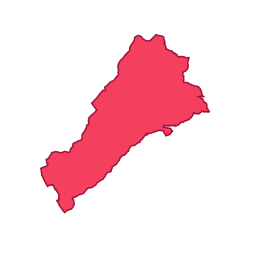 Lipova, Bacau, Romania (Mercator projection), rotated 104°
{"feature_id": "2599482B24055899369049", "entity_name": "Lipova", "entity_type": "district", "adm_level": 2, "iso_a3": "ROU", "parent_name": "Romania", "parent_adm1": "Bacau", "projection": "mercator", "projection_center": [27.232, 46.723], "detail": "fine", "context": "isolated", "style": "filled", "palette": "rose", "viewbox_px": 256, "rotation_deg": 104, "n_neighbors": 0, "source": "geoboundaries", "source_scale": "gbopen_adm2", "svg_char_len": 5804}
<svg xmlns="http://www.w3.org/2000/svg" viewBox="0 0 256 256"><g transform="rotate(104 128 128)"><path d="M45.3,144.5L46.5,145.0L47.1,145.1L48.6,145.7L50.2,145.6L52.0,145.2L52.8,145.3L56.3,147.5L58.5,148.7L61.1,149.6L63.2,151.0L64.7,151.8L66.3,152.4L67.3,152.6L69.2,152.8L70.8,152.6L71.9,152.3L74.1,151.2L76.5,151.1L77.5,150.7L78.3,150.2L79.0,150.1L79.9,150.7L80.4,151.3L82.1,151.9L82.9,152.4L83.8,152.6L85.7,153.7L86.4,154.5L86.9,155.5L87.7,156.2L89.4,157.4L91.5,158.3L92.5,159.1L93.2,159.9L93.6,160.2L94.2,160.4L94.8,160.3L96.9,158.8L97.6,160.0L97.8,160.1L97.4,161.4L100.6,163.0L101.5,163.4L101.7,163.7L102.5,163.9L103.3,164.4L106.6,165.6L109.2,167.3L110.8,167.9L112.5,169.2L112.8,169.2L117.7,163.3L117.9,162.7L118.2,162.7L120.9,164.1L123.2,165.6L124.8,166.9L126.3,167.6L126.4,167.9L127.4,168.3L129.7,168.3L129.7,168.2L130.9,168.0L130.9,167.9L131.7,167.6L134.1,167.2L134.2,167.5L134.5,168.0L135.3,168.6L135.8,168.7L138.8,168.4L139.3,169.1L141.5,169.3L142.3,169.6L143.9,170.5L145.2,170.9L146.2,170.8L148.6,170.2L149.8,170.2L150.5,170.4L151.4,171.0L151.7,171.4L152.8,173.4L154.3,174.9L156.0,177.3L156.6,177.5L158.8,177.3L160.3,177.4L160.5,177.5L161.2,178.4L162.4,178.6L165.2,178.8L165.7,179.2L166.1,180.0L166.0,183.2L166.2,184.1L166.5,184.3L167.6,185.8L167.8,186.2L168.3,187.5L168.4,189.4L168.2,190.3L168.6,193.2L169.0,193.5L169.7,194.5L169.9,195.1L170.0,195.7L170.2,195.9L171.2,196.2L172.5,196.3L174.3,197.2L175.8,197.5L176.9,197.9L177.2,198.2L177.7,199.1L178.5,199.7L179.0,199.3L180.3,199.0L181.7,198.2L182.1,197.8L182.6,196.9L182.9,196.7L185.0,198.2L185.6,199.0L186.0,200.0L186.3,200.3L187.2,201.6L188.1,202.5L188.3,202.9L189.8,202.0L192.0,201.3L193.2,200.7L194.8,200.2L195.3,199.7L195.4,199.4L195.9,199.1L198.1,197.3L198.4,197.2L198.6,196.8L199.1,196.3L200.4,195.4L200.9,194.8L201.7,194.3L204.1,191.9L202.6,190.6L202.6,190.1L201.2,188.2L201.8,188.0L201.5,187.1L203.2,185.4L203.8,185.0L204.7,184.3L204.7,183.6L205.1,183.9L205.4,183.8L205.5,183.4L205.2,183.3L205.3,183.1L209.6,178.5L210.3,178.8L211.3,178.6L212.3,178.6L213.6,177.9L213.9,177.9L214.5,177.5L214.9,177.8L215.1,179.1L215.5,179.5L216.2,178.8L216.4,178.8L216.4,178.4L217.2,177.9L218.6,176.6L219.0,176.2L219.3,176.3L219.6,176.1L220.5,174.9L222.1,173.2L223.3,171.6L223.9,171.1L225.4,169.0L224.2,168.3L223.3,167.6L221.5,165.4L220.5,163.6L219.9,163.0L215.4,161.7L215.1,161.7L213.2,162.4L211.2,163.4L210.6,163.8L210.0,165.0L209.2,164.8L207.3,162.1L206.8,161.3L204.8,159.7L204.4,159.0L203.1,156.6L201.9,155.1L198.6,153.8L196.3,152.5L195.7,151.7L195.5,150.9L195.1,150.4L194.9,149.4L194.7,149.1L194.0,148.3L193.6,148.0L193.2,147.4L191.9,146.5L191.7,146.1L191.2,145.8L191.1,145.6L190.7,145.3L190.3,145.5L188.9,144.9L188.4,144.3L185.9,142.4L184.9,141.2L184.8,140.9L183.8,139.9L181.1,138.9L180.5,138.5L179.0,138.3L176.7,137.5L175.8,136.7L175.2,135.1L173.8,133.8L172.3,134.2L171.1,133.7L170.0,133.9L167.7,132.3L167.3,131.6L166.1,130.7L165.0,130.2L164.1,129.8L163.5,129.7L161.1,128.6L160.2,128.4L159.3,128.7L158.2,127.8L157.3,127.5L157.0,127.4L155.5,126.0L155.4,125.7L155.4,125.2L155.1,124.9L154.9,124.9L154.2,124.4L153.3,123.7L151.4,123.0L150.0,121.8L149.5,121.8L148.4,122.3L148.1,122.2L147.5,121.7L145.0,120.8L144.4,120.1L143.9,119.2L143.7,118.3L143.3,117.8L142.9,117.0L142.1,116.6L140.5,115.1L140.0,115.0L139.4,114.0L139.1,113.0L138.1,113.1L137.0,112.8L135.7,111.7L132.3,110.2L131.3,109.9L130.7,109.2L129.8,107.6L129.1,108.8L128.6,107.4L128.1,106.1L127.7,104.9L123.1,98.0L122.6,96.7L122.5,95.0L121.9,93.8L126.4,89.2L125.9,88.6L125.8,88.2L125.5,88.0L124.9,87.1L124.5,87.0L124.5,86.5L124.3,86.4L124.3,86.0L123.8,85.7L123.7,85.8L122.9,85.3L120.6,84.2L119.9,84.3L120.0,85.0L118.6,86.4L118.3,86.4L118.1,87.0L118.1,87.6L118.6,89.0L118.6,89.7L118.2,90.2L118.4,90.9L118.5,91.6L118.3,93.3L118.0,93.4L117.9,93.6L118.2,94.0L116.9,93.8L116.3,91.6L116.4,91.0L116.1,88.4L115.6,88.4L115.1,87.7L115.2,87.3L115.4,86.9L115.3,86.6L115.1,86.6L115.1,86.0L114.9,85.4L115.0,84.6L114.8,84.1L114.6,84.0L114.4,84.3L114.1,84.2L113.8,84.0L114.8,82.2L114.5,82.0L111.9,79.2L111.4,79.1L110.5,78.4L109.6,78.0L109.5,77.9L109.5,77.5L109.3,76.5L109.0,75.7L107.5,74.7L106.6,72.9L105.5,72.0L105.5,71.5L105.2,70.9L104.2,70.6L103.3,69.9L102.6,69.3L102.0,68.9L101.0,68.7L99.3,68.1L98.7,68.0L98.1,67.8L97.0,68.1L97.0,67.9L97.6,67.5L97.5,67.1L97.8,66.1L97.6,65.4L97.5,64.3L97.0,63.4L97.0,62.4L95.7,61.7L94.8,60.6L93.6,60.3L93.4,59.6L93.4,59.0L94.0,58.2L94.1,57.9L92.9,55.4L93.3,54.4L92.5,53.1L91.5,54.3L90.4,54.9L89.9,55.8L88.6,56.7L87.0,56.9L85.1,57.9L84.7,59.1L84.6,60.1L82.5,62.2L81.5,62.9L81.6,64.0L80.8,65.5L80.6,67.2L79.8,65.6L79.6,64.9L79.5,64.1L79.5,62.6L79.3,62.2L79.0,62.8L77.7,64.2L75.4,65.3L74.4,66.2L73.2,66.7L71.9,68.2L71.0,69.8L70.8,70.7L71.0,73.3L70.9,75.6L70.5,77.2L70.4,78.6L69.7,80.9L69.6,81.4L70.0,83.9L70.2,84.7L70.2,84.9L69.9,85.5L69.5,85.6L69.0,85.4L68.6,85.6L67.8,85.4L66.9,85.9L64.7,86.4L64.2,86.4L63.9,86.6L63.3,87.6L62.8,87.9L61.1,88.0L60.6,87.9L59.9,87.4L58.9,86.0L57.8,85.2L57.2,84.9L55.6,84.5L53.4,84.6L52.3,84.8L50.8,85.8L48.6,86.0L46.2,85.7L45.0,85.9L45.0,86.1L45.8,88.9L45.8,89.1L45.4,90.2L45.6,91.8L45.6,93.2L46.4,95.7L46.9,96.6L45.6,97.9L45.1,98.6L44.8,98.6L44.9,99.4L44.1,100.5L44.0,100.9L44.7,101.4L44.7,101.6L43.7,102.3L43.4,103.2L42.9,103.6L42.7,103.9L42.8,105.2L42.7,106.9L42.3,108.6L41.9,109.4L42.0,110.4L39.7,111.0L38.9,111.8L38.4,112.1L37.8,112.6L37.7,113.1L37.3,113.7L36.2,113.1L36.2,112.8L34.9,113.4L34.0,114.2L31.3,115.3L30.6,117.4L30.9,121.5L30.7,121.8L30.8,122.2L30.7,123.0L30.8,123.5L32.9,124.6L34.1,125.5L36.6,126.9L37.8,127.8L38.4,129.0L38.6,129.7L39.1,130.5L38.6,133.1L38.1,134.0L38.0,135.2L36.2,137.0L36.0,137.7L36.0,138.3L35.9,138.7L35.9,139.3L35.7,139.7L35.8,140.7L35.9,140.9L36.5,141.5L36.9,142.1L38.0,143.0L39.0,143.5L39.4,143.5L40.4,143.1L41.1,143.1L42.3,143.4L45.3,144.5Z" fill="#f43f5e" stroke="#9f1239" stroke-width="1.5"/></g></svg>